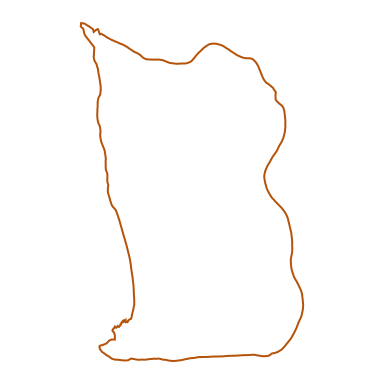 the district of Prek Prasab, Krâchéh, Cambodia
{"feature_id": "14789045B57642852254246", "entity_name": "Prek Prasab", "entity_type": "district", "adm_level": 2, "iso_a3": "KHM", "parent_name": "Cambodia", "parent_adm1": "Krâchéh", "projection": "robinson", "projection_center": [105.824, 12.492], "detail": "fine", "context": "isolated", "style": "outline", "palette": "amber", "viewbox_px": 384, "rotation_deg": 0, "n_neighbors": 0, "source": "geoboundaries", "source_scale": "gbopen_adm2", "svg_char_len": 5849}
<svg xmlns="http://www.w3.org/2000/svg" viewBox="0 0 384 384"><path d="M99.7,345.8L99.5,347.7L99.8,348.8L101.9,351.8L105.3,354.1L105.9,354.8L108.8,356.4L110.8,358.0L112.1,358.8L115.3,359.7L116.4,359.6L119.4,359.9L122.0,360.3L126.3,360.5L128.2,360.2L131.2,358.5L133.0,358.9L134.1,359.1L135.5,359.4L137.1,359.6L138.8,359.8L142.1,359.6L145.1,359.7L149.4,359.1L152.4,358.9L153.6,358.7L156.4,358.8L158.8,358.6L159.7,358.7L160.7,359.0L163.2,359.7L165.5,359.8L166.9,360.1L168.5,360.5L169.8,360.7L171.7,360.9L174.2,361.0L179.5,360.4L182.9,359.8L185.5,359.2L190.6,358.2L193.6,358.0L199.3,357.0L200.9,357.1L201.8,357.0L204.8,357.0L208.0,356.9L212.0,356.6L222.6,356.4L226.3,356.0L230.5,355.8L234.8,355.7L238.5,355.5L242.5,355.2L248.2,355.1L252.1,354.8L254.5,354.7L256.2,355.2L262.9,356.2L264.9,356.2L268.5,355.8L270.0,355.0L271.5,353.7L273.1,353.2L274.1,353.2L276.5,352.4L278.0,351.8L279.5,350.9L281.2,349.9L282.3,348.9L284.9,346.1L285.8,344.9L290.1,339.6L291.1,338.2L292.1,336.5L292.9,335.0L293.9,333.3L296.4,328.1L298.6,322.4L301.1,316.9L301.4,316.1L301.7,314.9L302.0,313.5L302.8,309.9L303.2,304.4L303.0,303.2L302.6,298.7L302.0,293.8L301.7,292.8L301.2,291.2L300.5,289.2L299.0,286.2L298.5,285.0L296.3,280.9L295.4,279.4L294.5,277.8L293.9,276.5L292.4,272.2L291.7,269.9L291.3,267.5L291.0,264.8L290.8,261.7L290.8,259.2L291.2,257.1L291.7,254.5L292.1,252.3L292.3,247.6L292.1,245.0L292.2,242.5L292.0,239.2L291.2,232.6L290.5,229.6L289.0,223.2L287.8,218.3L286.8,215.7L284.9,212.2L282.6,209.1L281.0,207.3L274.8,200.9L273.7,199.5L272.9,198.7L272.4,198.3L271.6,197.3L270.7,195.9L269.8,194.5L267.6,190.4L266.8,188.6L266.1,186.2L265.8,184.7L265.5,184.3L265.3,183.4L264.7,180.2L264.3,177.8L264.2,176.3L264.4,174.6L265.4,170.6L267.1,166.6L268.1,164.7L269.4,162.7L271.6,158.6L272.9,156.4L273.8,155.2L274.7,153.9L276.3,151.7L277.9,148.8L279.1,146.0L281.4,142.3L283.2,138.3L284.1,135.1L284.7,132.7L285.4,127.2L285.3,124.2L285.4,121.0L285.1,118.0L284.7,114.2L284.4,111.3L283.8,109.2L283.2,107.5L282.0,105.7L279.7,103.9L277.8,102.2L276.4,100.6L275.7,99.7L275.6,99.0L275.6,98.2L275.5,95.4L275.5,94.1L275.9,92.3L274.9,90.9L273.8,89.4L273.2,88.1L272.9,87.8L270.5,85.7L269.0,84.5L267.8,83.6L266.5,82.9L264.7,80.8L263.5,79.0L262.6,77.1L258.4,66.6L257.2,64.4L255.9,62.3L254.3,60.6L252.8,59.3L251.3,58.5L249.2,58.3L245.6,58.2L244.0,57.9L242.2,57.4L238.0,55.6L236.3,54.7L232.6,52.2L231.2,51.4L230.1,50.6L229.2,49.8L227.6,48.8L226.3,48.1L223.8,46.4L221.9,45.4L220.1,44.8L216.5,43.8L214.9,43.7L213.3,43.7L212.0,43.7L210.7,43.9L209.2,44.3L207.6,45.2L204.6,47.2L203.2,48.4L200.4,51.2L198.9,52.5L197.5,54.0L196.3,55.4L195.3,56.5L194.4,57.9L193.3,59.0L192.3,60.2L191.1,61.4L190.2,62.0L187.3,63.1L186.0,63.4L183.7,63.5L182.0,63.5L180.8,63.5L177.5,63.8L176.0,63.7L170.2,63.0L168.0,62.3L165.4,61.2L163.4,60.4L160.0,59.7L158.6,59.6L153.1,59.6L149.8,59.5L147.2,59.3L146.1,59.2L144.5,58.5L143.2,57.8L141.8,56.5L139.8,54.7L137.9,53.5L135.7,52.5L133.9,51.6L130.0,49.0L126.5,46.6L125.0,45.8L122.7,44.5L120.6,43.8L118.9,43.1L117.0,42.1L115.6,41.5L115.2,41.5L114.9,41.4L113.2,40.5L111.9,40.0L109.9,39.0L108.8,38.3L107.3,37.6L105.5,36.4L104.4,35.5L103.0,34.9L101.6,33.9L101.0,33.9L99.9,34.3L99.7,33.8L99.1,32.4L98.8,31.2L98.3,29.7L97.9,29.1L97.2,29.3L96.4,29.7L93.7,31.9L93.2,29.7L92.5,28.8L91.7,28.3L89.2,26.5L88.1,25.9L85.9,24.5L84.8,23.7L84.0,23.4L82.6,23.4L81.2,23.0L80.8,25.9L80.8,26.6L81.6,27.4L82.8,28.3L83.2,28.9L83.4,29.3L83.5,29.8L83.5,30.3L83.8,31.0L84.1,32.4L84.4,33.8L84.8,34.8L85.6,36.1L86.5,37.3L87.9,39.0L88.2,39.4L88.6,40.1L89.2,40.5L89.5,41.1L90.1,41.9L90.6,42.7L91.1,43.1L92.4,44.9L92.8,45.3L93.8,46.7L94.1,47.1L94.3,47.6L94.2,48.0L94.2,50.9L94.0,51.8L93.9,54.6L93.7,56.9L93.9,58.6L94.7,61.2L96.2,63.6L96.7,64.7L97.2,66.9L97.9,68.6L98.1,70.4L98.3,71.9L98.5,73.2L98.7,74.4L99.3,76.9L99.4,77.9L100.7,86.5L100.7,89.5L100.7,90.3L100.4,92.8L100.1,94.8L99.9,95.2L99.7,95.6L99.3,96.3L98.9,97.0L98.3,98.4L97.9,100.0L97.8,101.5L97.6,102.2L97.6,102.8L97.7,103.4L97.6,105.9L97.7,106.8L97.5,108.4L97.3,110.0L97.4,111.7L97.2,115.2L97.3,117.0L97.4,117.8L97.5,119.1L97.8,120.7L98.3,122.8L98.6,123.8L99.0,124.6L99.4,125.2L99.7,126.0L100.1,128.0L100.4,129.3L100.5,130.7L100.4,132.1L100.2,134.8L100.2,135.5L100.4,137.1L100.8,139.8L101.4,142.1L102.9,146.2L103.9,148.5L104.8,151.1L104.8,152.2L105.1,153.1L105.2,154.2L105.4,155.9L105.7,157.3L105.8,158.5L105.6,161.0L105.7,162.8L105.7,165.1L105.6,166.0L105.8,168.1L105.8,169.5L106.0,170.3L106.8,172.0L107.3,173.9L107.4,174.3L107.4,175.8L107.3,179.7L107.4,182.2L108.1,184.3L108.3,184.7L108.3,185.4L107.8,188.2L107.9,189.7L107.8,191.4L108.1,193.1L109.9,199.1L110.3,200.7L111.5,204.4L111.8,205.1L112.3,205.9L113.2,207.2L114.8,208.8L115.4,209.6L116.4,211.5L116.9,213.0L117.7,215.3L119.4,220.5L124.0,236.7L124.7,239.0L125.3,241.1L126.2,244.2L127.9,250.9L128.7,254.1L129.4,257.0L130.1,260.4L130.7,264.2L131.1,267.7L131.2,268.3L132.3,275.8L132.6,277.3L132.8,280.0L133.1,282.1L133.5,285.8L133.6,288.0L134.2,299.3L134.3,304.5L133.2,309.7L133.0,310.6L132.8,311.6L131.9,315.0L131.6,317.2L131.4,317.9L131.0,318.9L130.4,319.2L129.9,319.2L128.2,320.5L127.9,321.6L127.5,322.1L127.0,321.7L126.7,321.6L125.8,322.2L125.5,321.7L125.5,320.9L125.1,321.6L124.7,321.3L124.6,320.7L125.0,320.2L124.4,320.1L123.9,320.2L123.7,320.5L123.8,321.0L123.6,321.6L123.2,321.0L122.8,320.9L122.2,321.8L121.9,322.1L121.9,322.5L121.4,322.7L121.4,323.3L121.3,323.8L121.1,324.1L120.4,324.5L120.6,324.9L120.4,325.6L119.0,326.4L119.0,326.8L118.4,326.8L118.0,326.5L117.7,326.1L117.4,326.5L117.2,327.0L116.7,327.3L116.5,327.7L116.1,327.6L115.8,327.4L115.5,326.8L114.9,326.5L114.5,327.3L114.4,327.9L113.5,328.5L113.2,329.2L112.7,329.6L112.5,330.4L112.5,331.0L112.8,331.4L113.4,331.7L114.2,333.0L114.4,333.8L114.8,334.6L114.8,336.1L114.9,337.6L114.9,338.5L114.8,339.6L111.6,339.5L109.3,340.5L107.8,342.0L106.6,343.4L104.2,344.4L102.4,345.0L99.7,345.8Z" fill="none" stroke="#b45309" stroke-width="2"/></svg>